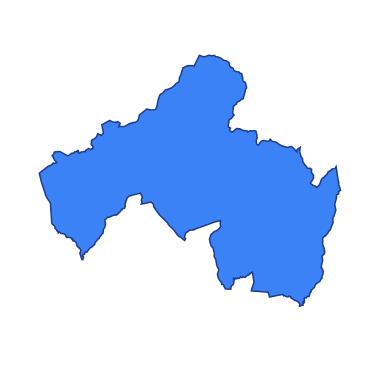 the district of Camilo Ponce Enriquez, Azuay, Ecuador, rotated 259°
{"feature_id": "8360857B38047305818625", "entity_name": "Camilo Ponce Enriquez", "entity_type": "district", "adm_level": 2, "iso_a3": "ECU", "parent_name": "Ecuador", "parent_adm1": "Azuay", "projection": "mercator", "projection_center": [-79.616, -2.963], "detail": "fine", "context": "isolated", "style": "filled", "palette": "blue", "viewbox_px": 384, "rotation_deg": 259, "n_neighbors": 0, "source": "geoboundaries", "source_scale": "gbopen_adm2", "svg_char_len": 5986}
<svg xmlns="http://www.w3.org/2000/svg" viewBox="0 0 384 384"><g transform="rotate(259 192 192)"><path d="M90.7,205.7L89.1,211.5L90.7,211.9L92.6,213.3L93.2,214.5L94.0,215.3L95.7,216.0L96.9,216.0L97.9,217.1L98.2,217.0L98.7,216.0L99.5,216.6L98.6,217.7L99.0,218.3L98.3,218.9L98.7,219.8L98.2,220.6L98.7,221.3L98.3,222.1L99.0,222.8L99.3,223.6L98.7,224.0L98.5,224.7L99.2,225.5L98.8,225.8L98.1,228.1L98.8,228.8L99.7,230.8L99.7,232.1L100.4,232.3L101.1,232.9L100.6,233.7L101.3,234.3L101.9,236.0L91.7,235.7L84.5,231.6L83.6,231.4L79.1,247.7L74.1,248.0L74.2,261.2L73.7,262.0L73.2,261.8L72.5,262.2L72.5,263.4L71.0,265.0L70.8,266.4L71.3,266.9L70.9,267.2L70.8,268.5L69.5,268.8L66.7,271.6L66.0,272.0L65.8,272.9L64.5,274.6L62.3,276.2L61.6,276.5L59.4,275.7L59.2,276.2L59.9,278.3L59.7,279.4L60.9,279.4L61.8,280.8L62.2,279.9L62.8,279.8L63.3,280.7L63.2,281.4L63.6,281.7L65.9,281.7L66.5,282.8L66.3,284.2L67.5,284.8L67.0,286.9L69.0,288.1L70.1,288.1L70.9,289.4L71.8,290.1L73.0,290.1L73.3,291.3L75.3,294.2L77.1,295.1L78.1,296.2L79.9,300.5L81.2,301.4L82.6,303.1L84.1,303.4L86.5,304.9L89.1,305.8L91.4,305.3L93.7,304.4L100.0,307.2L104.4,307.4L105.9,310.0L107.8,310.9L111.7,311.0L114.3,310.4L116.9,310.4L119.3,311.2L120.5,311.2L121.8,311.6L123.3,313.4L123.5,315.0L124.7,315.8L125.2,317.1L126.6,318.0L128.2,320.2L135.1,324.7L137.3,324.9L139.8,325.5L140.9,326.6L146.9,329.8L152.5,329.7L158.2,332.5L161.7,333.4L162.2,335.5L163.2,335.9L164.4,335.8L165.3,338.1L165.6,338.2L171.4,337.4L173.6,337.9L176.8,337.7L189.4,338.3L188.1,337.2L187.8,336.5L187.8,333.8L186.6,331.9L185.9,329.6L184.0,328.2L181.5,324.7L180.5,322.3L178.1,320.3L176.5,319.8L174.7,318.3L173.0,315.9L172.8,314.8L173.4,314.9L174.2,314.4L175.1,312.5L177.4,310.3L178.3,309.9L178.7,310.1L179.5,311.4L182.7,314.2L183.9,314.1L185.1,314.5L188.3,313.0L191.4,313.7L192.8,312.5L192.9,310.9L193.6,309.6L195.1,309.3L196.5,308.3L200.2,306.6L204.1,306.8L205.8,305.8L211.1,305.4L215.2,306.7L214.4,304.7L213.1,302.8L211.4,302.5L216.5,299.4L217.8,298.3L217.6,294.2L220.0,289.4L221.7,287.0L225.1,283.9L225.5,282.4L226.7,280.1L228.9,279.0L228.9,278.6L227.8,278.0L227.3,276.8L227.4,275.3L229.0,272.3L228.9,270.6L228.3,269.1L225.2,265.9L226.9,264.5L230.3,264.9L232.8,266.3L237.0,266.6L238.1,266.2L239.3,266.5L239.6,266.2L240.5,264.6L240.3,262.8L241.1,260.9L240.3,258.2L241.3,257.9L241.5,257.5L242.9,253.5L245.1,250.8L245.1,249.9L245.8,248.2L245.5,247.3L243.1,243.1L243.4,242.2L244.8,241.0L245.5,240.6L247.3,241.8L247.7,241.7L248.6,240.4L250.7,240.2L253.3,241.6L255.0,241.7L256.1,242.7L256.4,244.1L257.2,245.4L258.7,246.7L259.3,247.8L259.8,248.0L260.4,247.4L261.8,247.0L267.3,248.8L268.8,249.7L269.8,252.3L271.5,253.3L271.9,254.4L271.8,255.3L273.6,258.4L273.6,259.6L274.1,260.2L280.9,263.5L282.2,263.9L283.8,265.5L289.2,265.3L291.2,263.2L295.4,263.6L296.7,263.2L297.7,263.5L298.7,263.3L299.4,262.4L299.4,261.6L301.0,260.9L301.3,259.5L302.7,256.8L304.1,256.1L305.5,256.0L307.8,253.3L309.8,253.0L311.0,253.4L313.1,251.9L314.3,250.6L315.2,248.1L317.6,246.3L319.8,243.1L319.7,242.4L320.1,241.5L322.0,239.7L321.8,237.5L322.7,235.7L323.0,234.3L322.4,231.3L322.5,229.0L324.8,225.4L315.0,218.0L316.0,216.4L316.8,211.8L315.6,206.8L314.7,206.5L312.5,205.0L309.4,203.6L306.3,201.3L303.6,200.7L302.5,199.8L301.4,196.8L300.1,195.3L298.2,192.0L297.4,187.5L297.3,185.3L294.7,182.3L294.0,179.8L293.4,179.0L289.9,176.8L282.8,173.9L280.0,172.0L279.8,171.2L280.1,168.2L282.0,163.3L277.6,155.0L275.3,154.1L272.5,152.5L271.7,151.2L271.2,149.3L271.5,147.1L270.9,145.9L271.2,145.1L270.8,142.9L269.2,138.6L269.5,135.7L270.3,133.8L270.0,132.6L272.0,133.7L272.9,134.7L275.2,132.7L275.4,132.2L274.6,131.1L275.2,130.5L275.0,129.6L275.8,127.8L277.9,124.8L275.2,116.3L266.8,116.3L264.7,113.8L267.3,110.6L264.3,108.8L262.6,105.7L262.3,104.0L261.4,102.9L260.3,103.3L259.1,102.3L257.7,102.0L256.6,103.2L255.8,103.4L254.7,103.3L253.5,102.7L253.6,102.3L253.0,100.6L254.4,98.9L253.3,95.8L251.9,94.8L252.3,94.0L252.2,92.8L252.5,91.2L251.6,89.1L252.1,88.2L254.2,88.4L254.6,88.0L254.4,87.2L253.6,86.6L253.8,84.6L252.9,83.7L252.9,81.1L251.3,77.9L251.6,76.4L256.8,70.2L257.4,67.7L257.2,66.0L257.7,65.3L257.2,64.2L255.5,63.5L254.6,61.7L249.2,63.3L247.6,64.5L246.5,64.7L246.4,62.3L247.0,61.5L245.3,58.8L244.8,55.9L239.6,45.7L231.3,46.0L215.2,48.0L208.2,50.9L188.2,48.4L187.3,48.7L184.8,50.5L183.7,51.0L182.6,50.5L180.4,52.2L179.8,51.9L178.5,52.9L177.3,52.9L178.1,54.2L176.1,55.6L175.9,57.3L174.9,58.9L174.4,59.4L171.9,59.9L171.1,60.9L170.9,62.6L169.8,65.2L168.9,64.9L168.7,65.9L168.2,66.1L167.7,65.5L166.6,65.9L166.3,67.2L165.1,68.4L163.6,68.9L162.5,68.6L160.4,69.0L156.7,71.8L154.9,71.4L153.4,70.2L146.9,71.0L146.5,71.3L146.5,72.0L147.3,71.9L148.0,72.7L148.8,73.1L150.8,72.6L151.5,73.2L151.3,74.6L153.2,75.4L153.4,76.0L153.0,77.3L156.5,81.2L157.4,84.0L158.4,85.0L158.8,86.3L161.1,87.4L162.4,89.4L163.5,90.2L164.0,91.8L165.6,93.0L166.7,94.6L168.3,95.9L168.6,96.3L168.4,96.6L169.5,97.2L172.2,97.9L173.6,99.4L177.1,101.1L180.9,100.9L181.5,101.2L181.9,102.4L183.4,104.5L183.0,105.6L184.2,110.9L183.8,112.7L184.0,113.9L185.4,116.3L186.0,116.5L186.3,117.7L187.8,119.2L187.9,119.9L188.7,120.5L189.0,122.7L190.6,123.8L192.1,123.6L193.8,124.6L194.7,124.7L195.3,125.5L196.2,125.5L196.7,126.2L197.9,126.7L199.8,128.8L200.4,133.9L200.7,141.1L196.6,142.3L193.9,140.8L191.2,140.8L189.8,139.9L189.9,150.0L187.3,151.8L184.6,151.6L175.9,155.6L166.4,162.1L165.1,162.4L163.1,163.5L158.6,166.7L153.2,169.2L150.8,170.8L149.5,172.4L145.8,175.5L147.4,176.8L148.9,176.1L149.5,176.1L153.0,178.1L153.7,179.6L153.8,180.4L155.2,182.6L154.8,183.3L154.5,185.2L154.8,186.5L154.5,186.9L155.0,188.0L158.3,209.0L158.4,214.6L155.8,213.7L153.1,213.6L152.0,213.0L150.1,210.5L149.1,208.3L149.0,206.5L146.6,202.5L142.3,200.1L136.9,200.2L135.7,200.4L132.4,202.2L130.3,202.0L127.8,202.3L124.4,201.5L120.4,202.6L119.2,202.3L118.5,202.5L116.3,202.3L114.0,202.5L111.7,203.3L110.1,203.4L106.7,201.3L103.2,201.3L100.0,202.3L97.6,203.6L95.5,203.6L95.1,205.3L93.1,205.4L91.0,206.2L90.6,206.2L90.7,205.7Z" fill="#3b82f6" stroke="#1e3a8a" stroke-width="1.5"/></g></svg>